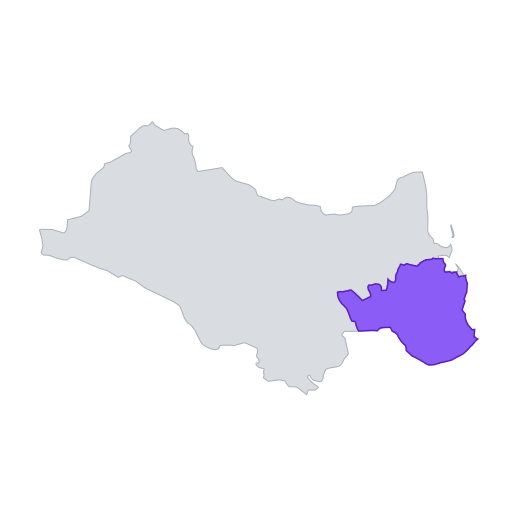 Turkmenbasy, Balkan, Turkmenistan shown in context, rotated 175°
{"feature_id": "10190150B25855408224134", "entity_name": "Turkmenbasy", "entity_type": "district", "adm_level": 2, "iso_a3": "TKM", "parent_name": "Turkmenistan", "parent_adm1": "Balkan", "projection": "albers", "projection_center": [54.807, 40.968], "detail": "fine", "context": "in_parent", "style": "filled", "palette": "violet", "viewbox_px": 512, "rotation_deg": 175, "n_neighbors": 0, "source": "geoboundaries", "source_scale": "gbopen_adm2", "svg_char_len": 6667}
<svg xmlns="http://www.w3.org/2000/svg" viewBox="0 0 512 512"><g transform="rotate(175 256 256)"><path d="M144.4,171.6L167.5,172.5L174.6,173.3L177.4,169.9L177.3,169.0L176.2,168.4L174.4,166.1L172.5,150.4L174.4,148.1L176.7,146.4L179.8,141.4L181.6,139.9L184.1,138.6L192.8,138.0L196.5,136.9L199.4,131.1L199.9,127.9L202.2,125.2L203.5,125.2L209.5,127.2L210.8,128.3L212.9,132.3L215.1,131.9L215.4,131.2L215.1,130.3L213.4,127.8L209.5,123.3L205.8,120.6L205.4,119.6L208.4,117.2L214.6,117.9L216.2,117.1L217.6,113.3L226.1,121.3L227.7,122.1L234.3,122.9L235.4,123.9L237.9,128.7L240.2,129.8L243.0,130.6L254.6,130.1L258.4,133.1L259.1,133.9L258.5,136.2L258.5,140.6L257.7,142.4L258.3,143.1L262.6,144.6L265.2,147.3L265.5,148.5L264.9,149.3L262.9,149.0L262.0,150.4L262.2,152.7L263.7,154.7L264.2,156.6L262.5,161.3L262.6,163.2L263.3,164.2L274.3,170.4L276.0,170.5L286.1,168.6L288.1,169.2L297.2,170.1L299.7,169.7L301.2,167.3L302.7,166.4L304.3,166.2L308.7,167.2L313.4,169.8L316.6,172.3L318.3,174.6L323.5,187.6L326.7,192.8L330.1,195.4L332.8,200.4L335.8,211.6L337.2,213.8L342.5,217.9L369.6,234.0L378.1,241.5L390.8,248.2L395.1,246.8L405.4,254.3L411.7,256.8L420.0,261.0L437.5,270.6L441.0,270.6L444.7,268.5L448.2,269.0L454.7,271.2L461.8,274.7L467.6,275.5L469.4,277.2L469.7,278.3L467.3,284.3L467.8,291.5L469.4,301.0L467.9,301.4L456.5,300.1L445.3,295.6L443.0,297.8L442.0,299.9L440.4,308.5L426.3,310.8L418.4,315.8L413.7,343.6L412.4,347.1L408.1,352.0L400.3,357.3L399.2,359.1L399.1,360.8L398.2,361.4L393.6,361.9L376.7,369.5L372.9,369.9L371.4,370.5L370.8,371.6L373.2,376.8L371.8,378.5L370.9,381.3L370.5,386.0L359.6,394.4L357.2,395.5L352.5,395.2L350.2,396.2L347.9,398.7L346.7,398.1L345.9,395.8L344.5,394.4L336.8,389.1L328.6,390.7L325.4,390.4L322.9,389.7L318.8,386.6L316.1,383.6L313.6,384.1L312.7,382.7L312.5,380.9L313.1,378.7L312.6,374.6L310.9,371.8L309.2,370.7L310.7,365.9L310.4,362.4L309.0,358.6L308.1,353.2L308.0,347.8L306.3,345.2L282.2,347.0L272.8,335.1L269.1,332.3L256.9,327.6L253.4,325.0L250.6,322.0L249.7,317.8L248.2,315.3L246.3,315.0L236.8,310.5L233.0,309.4L228.0,310.8L224.9,309.6L221.5,311.6L220.0,311.8L216.1,310.8L211.3,306.5L207.3,304.8L199.0,302.2L193.2,301.5L188.0,299.9L187.5,299.3L187.2,295.4L186.5,293.9L185.0,292.0L182.9,290.7L174.2,291.0L170.2,289.7L167.0,289.5L160.0,289.9L157.8,291.0L156.5,292.2L155.8,296.0L155.0,296.5L148.3,296.7L133.9,296.0L127.9,298.0L118.7,303.7L113.3,308.6L111.7,310.7L108.6,319.2L107.2,320.4L105.3,321.4L103.5,321.6L94.9,324.9L91.6,325.7L83.0,325.2L81.1,312.6L80.5,302.6L81.6,288.8L81.3,280.0L82.8,266.5L82.3,263.2L78.0,257.3L77.5,253.1L74.9,252.9L70.7,249.3L66.6,247.9L64.5,247.8L62.6,248.8L61.2,250.7L60.2,247.6L60.3,244.3L63.8,237.5L65.8,239.6L68.3,240.4L74.6,240.1L74.1,237.7L70.8,235.3L70.2,232.2L70.5,229.1L71.4,226.1L70.5,224.8L69.0,224.1L65.6,224.1L56.7,222.8L55.6,226.3L57.9,231.0L54.0,225.6L51.3,220.1L49.7,213.7L49.6,206.7L53.2,195.8L56.2,182.2L59.5,188.0L62.0,190.6L67.4,192.3L70.1,191.9L72.9,190.5L75.7,191.0L79.9,197.0L83.0,197.7L89.5,195.5L92.5,195.0L95.2,196.0L97.9,196.1L96.7,193.3L96.2,190.6L97.9,189.2L102.9,190.7L106.9,189.2L107.6,188.5L108.0,186.1L107.5,181.5L106.5,179.5L104.2,176.8L95.3,170.2L92.4,167.5L89.9,164.1L86.0,150.6L83.0,142.0L81.8,141.0L76.6,140.2L66.9,142.1L63.4,141.6L61.8,142.5L57.8,146.0L55.9,149.1L53.1,156.1L55.0,158.5L53.2,170.4L54.0,175.5L53.7,175.9L50.8,169.5L47.0,163.0L43.9,153.3L49.9,147.1L55.0,142.7L60.4,139.5L66.0,137.3L78.5,134.0L85.3,132.8L90.9,132.7L95.2,134.8L106.8,142.6L111.8,147.0L113.3,148.8L114.7,153.0L123.3,166.5L125.3,168.5L128.7,172.8L131.9,174.0L144.4,171.6ZM59.4,268.5L59.1,270.3L57.6,264.9L56.9,258.9L57.9,257.2L59.1,257.3L57.9,259.4L59.4,268.5Z" fill="#d9dde1" stroke="#a8b0b8" stroke-width="1"/><path d="M48.7,218.4L48.7,218.5L50.1,218.3L51.0,218.0L53.5,218.0L53.9,218.0L54.0,218.0L54.5,217.8L55.0,217.7L55.3,217.7L55.5,217.7L55.9,217.7L55.7,217.9L56.0,218.0L56.4,218.9L56.9,220.0L57.4,221.0L57.5,221.0L57.5,221.4L57.5,222.0L57.5,222.5L60.3,222.5L62.1,221.7L64.5,223.5L68.9,223.4L69.9,225.5L69.1,227.9L68.1,229.5L68.0,231.1L69.6,233.2L70.0,235.3L70.0,237.2L71.2,237.3L75.0,237.5L76.6,237.5L77.2,237.7L80.1,238.4L81.0,237.4L82.4,237.4L83.7,237.4L85.1,237.4L86.6,237.4L87.5,237.4L88.2,236.8L89.3,236.6L89.5,236.6L89.9,236.3L90.3,235.9L90.6,235.9L91.4,235.6L93.0,235.0L93.3,234.5L93.7,233.8L93.8,233.8L94.7,233.3L95.0,233.0L95.5,232.6L95.8,232.4L96.6,231.8L97.9,232.3L98.2,232.3L98.5,232.4L99.5,232.7L100.4,233.0L100.8,233.2L101.3,233.4L101.6,233.5L102.8,233.7L103.0,233.7L103.1,233.8L104.1,234.3L104.8,234.6L105.8,235.0L106.3,235.2L107.0,235.1L107.3,234.9L107.6,234.7L108.5,234.4L109.4,234.0L109.5,234.1L110.2,234.3L110.7,234.5L110.8,234.5L111.5,235.0L112.8,235.2L113.6,233.4L113.7,233.2L113.8,233.1L115.6,230.6L116.4,228.3L116.5,227.8L116.6,227.7L117.4,226.4L118.1,225.3L118.5,223.9L118.8,222.0L119.0,219.8L119.3,219.3L119.8,218.3L119.9,218.2L120.1,218.1L121.1,217.5L122.2,218.1L123.3,218.5L123.9,218.9L124.9,219.5L125.2,219.7L125.5,220.1L126.0,220.7L126.5,221.4L126.8,219.8L127.0,218.5L127.0,217.7L127.0,217.0L127.2,216.4L127.9,214.5L128.4,212.5L128.5,212.2L128.6,211.9L129.1,210.6L134.0,210.6L134.0,211.2L133.9,211.8L133.9,212.9L133.9,213.6L134.0,214.7L134.7,215.7L134.7,215.8L135.5,216.8L137.2,217.4L139.4,217.9L140.7,217.6L142.2,217.2L142.9,217.1L143.7,217.0L143.9,216.9L144.0,216.9L145.9,217.3L147.1,215.9L147.2,214.7L147.1,214.0L147.1,213.0L147.1,212.9L146.7,212.0L146.4,211.5L146.2,210.8L145.9,210.1L145.7,209.8L145.6,209.5L145.5,209.1L145.4,208.7L145.4,208.3L145.3,207.7L145.2,207.2L145.2,206.4L145.2,205.7L151.2,203.4L153.9,202.4L154.0,202.4L157.4,206.7L158.5,207.8L159.4,208.7L160.4,210.1L161.2,210.8L162.2,211.8L162.5,212.1L162.9,212.5L163.5,213.1L164.2,213.8L166.5,213.8L167.0,213.2L169.9,213.3L171.7,212.9L171.8,212.9L172.0,212.8L172.7,212.9L176.8,213.2L177.3,213.0L178.0,212.8L178.0,212.7L178.0,210.5L178.0,209.6L177.7,207.3L176.4,203.9L174.9,201.3L172.6,198.7L171.7,197.5L170.2,195.6L169.1,192.2L168.7,191.1L168.3,189.4L167.4,185.9L166.9,184.7L166.1,182.7L163.0,182.1L162.6,180.3L162.2,177.8L161.3,174.6L160.3,172.3L147.1,171.7L143.8,171.3L141.8,170.9L138.9,173.3L136.3,173.7L128.3,173.2L126.9,169.2L124.4,167.8L121.7,165.0L121.1,162.6L118.3,157.5L114.9,153.7L114.4,151.1L114.6,148.7L109.0,142.6L105.9,140.9L99.1,136.3L95.9,133.8L93.2,132.3L87.9,132.2L81.4,133.7L77.5,134.1L71.2,135.1L70.3,135.3L66.8,136.8L64.9,137.7L62.1,138.7L58.0,140.6L53.1,144.4L51.3,146.4L48.3,148.6L44.6,152.4L42.3,153.9L45.9,156.7L44.8,162.2L44.6,163.8L47.1,163.6L50.8,168.8L52.1,172.1L52.9,175.3L52.6,179.9L55.4,184.3L51.6,193.1L52.5,194.6L50.7,198.9L49.2,201.8L48.3,207.9L47.8,210.1L48.4,212.2L49.0,215.5L49.0,216.6L49.0,217.7L48.7,218.4Z" fill="#8b5cf6" stroke="#5b21b6" stroke-width="1.5"/></g></svg>